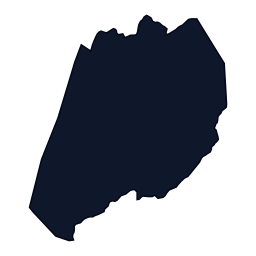 outline of São Tomé, Rio Grande do Norte, Brazil
{"feature_id": "56859067B14389226349371", "entity_name": "São Tomé", "entity_type": "district", "adm_level": 2, "iso_a3": "BRA", "parent_name": "Brazil", "parent_adm1": "Rio Grande do Norte", "projection": "natural_earth1", "projection_center": [-36.104, -5.997], "detail": "fine", "context": "isolated", "style": "filled", "palette": "ink", "viewbox_px": 256, "rotation_deg": 0, "n_neighbors": 0, "source": "geoboundaries", "source_scale": "gbopen_adm2", "svg_char_len": 1746}
<svg xmlns="http://www.w3.org/2000/svg" viewBox="0 0 256 256"><path d="M224.2,63.3L214.4,47.5L196.8,18.9L191.4,18.9L188.6,19.4L182.8,24.9L180.2,26.2L178.5,27.2L176.1,29.5L174.4,30.6L172.0,32.0L170.2,33.1L167.4,34.7L165.8,33.3L167.0,28.9L164.6,26.9L162.3,25.6L159.5,23.1L157.3,22.2L155.1,22.5L152.5,21.2L151.2,18.2L149.0,16.6L146.5,15.4L144.2,17.0L142.5,19.8L140.7,21.2L139.8,22.8L138.9,24.6L138.1,28.5L137.6,31.9L136.5,34.7L134.7,35.1L130.3,35.3L128.1,36.4L124.8,37.6L122.8,33.9L118.4,34.7L116.7,33.1L116.4,30.9L115.4,29.3L113.3,28.7L106.8,32.8L104.5,32.4L101.0,31.1L98.7,32.4L97.1,34.3L95.7,37.2L93.8,41.5L92.8,44.1L91.9,47.1L90.7,51.1L81.3,44.8L74.7,62.4L73.1,67.9L69.8,78.9L58.1,117.6L57.0,120.5L41.6,159.4L29.5,207.3L33.2,212.0L55.8,236.1L69.1,240.6L73.5,240.0L72.5,237.0L72.8,234.2L74.0,232.0L74.2,229.9L74.2,226.2L75.6,224.2L80.7,222.6L82.4,220.5L84.0,219.1L87.0,217.6L89.6,216.8L92.9,216.8L94.8,215.6L98.2,214.4L104.0,211.6L104.7,209.0L106.5,207.4L108.2,205.8L108.9,203.2L110.0,201.6L112.2,200.8L114.9,201.3L117.2,200.1L120.8,195.8L122.6,195.1L125.9,193.9L128.1,192.0L130.2,190.4L133.0,189.6L134.7,189.7L137.1,191.9L137.1,199.6L139.2,199.2L141.2,197.1L142.8,196.0L148.9,196.6L152.4,196.5L154.7,195.2L158.0,198.3L163.1,197.3L165.1,195.5L166.7,192.9L169.1,190.0L176.3,187.0L177.3,185.4L179.2,183.3L181.2,181.1L184.4,178.1L187.9,176.4L199.5,162.1L201.4,158.1L203.1,156.3L205.2,155.2L208.1,153.2L210.3,151.9L211.3,149.3L211.7,146.5L213.9,145.0L214.8,143.3L216.9,141.4L218.3,139.4L217.8,136.2L216.9,133.5L216.1,130.2L214.2,128.2L215.2,125.9L215.9,123.7L217.2,122.5L217.7,119.7L217.9,116.8L219.0,115.1L220.9,113.2L221.9,110.7L223.9,109.2L226.1,107.4L226.5,105.4L226.5,102.9L224.2,63.3Z" fill="#0f172a" stroke="#020617" stroke-width="1.5"/></svg>